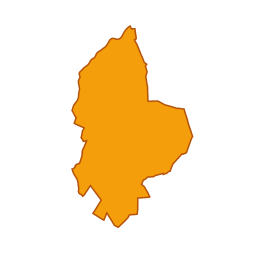 outline of Scherpenzeel, Gelderland, Netherlands, rotated 109°
{"feature_id": "6326949B37781973583405", "entity_name": "Scherpenzeel", "entity_type": "district", "adm_level": 2, "iso_a3": "NLD", "parent_name": "Netherlands", "parent_adm1": "Gelderland", "projection": "robinson", "projection_center": [5.498, 52.09], "detail": "fine", "context": "isolated", "style": "filled", "palette": "amber", "viewbox_px": 256, "rotation_deg": 109, "n_neighbors": 0, "source": "geoboundaries", "source_scale": "gbopen_adm2", "svg_char_len": 5493}
<svg xmlns="http://www.w3.org/2000/svg" viewBox="0 0 256 256"><g transform="rotate(109 128 128)"><path d="M115.0,64.1L114.3,64.7L112.7,65.9L111.4,66.9L109.9,68.0L105.8,71.2L103.1,73.2L103.0,73.3L102.3,73.6L100.5,74.8L99.4,75.6L96.8,77.6L95.8,78.4L91.8,81.2L92.0,82.0L92.4,83.8L92.5,84.3L92.8,86.1L92.9,86.4L92.9,86.6L93.1,87.1L93.2,87.5L93.3,87.8L93.4,88.0L93.5,88.1L93.6,92.6L93.7,93.7L93.7,94.8L94.1,100.7L93.9,101.8L93.8,102.5L92.8,108.4L92.9,108.7L93.7,111.1L93.9,111.8L94.5,113.4L95.0,114.4L95.3,115.1L95.7,116.1L95.8,116.7L96.1,117.8L93.9,118.7L92.8,119.1L91.1,119.8L90.2,120.1L87.8,121.1L85.2,122.1L84.5,122.3L84.3,122.3L82.8,122.9L81.5,123.6L81.3,123.9L73.5,127.9L73.5,128.0L73.2,128.1L71.2,128.0L70.5,128.0L69.7,128.1L69.1,128.2L68.8,128.3L68.5,128.4L67.8,128.8L67.6,129.0L65.4,130.5L64.8,131.0L63.8,131.7L61.6,131.0L60.7,134.0L58.9,135.5L58.3,136.0L57.9,136.4L57.0,137.0L54.5,139.5L52.1,141.5L48.1,145.0L47.9,145.1L47.7,145.4L46.0,146.9L44.7,148.2L44.7,148.5L42.6,150.5L41.2,149.4L40.9,149.3L38.9,150.2L34.4,152.6L33.0,153.3L32.2,153.7L31.9,153.8L33.1,157.0L32.0,158.1L30.9,159.2L31.9,160.0L33.6,161.0L34.3,161.4L34.9,161.7L35.9,162.0L37.2,162.5L38.1,162.7L39.2,163.0L40.9,163.2L41.4,163.3L43.3,163.6L44.0,163.8L44.3,163.9L44.6,164.0L45.6,164.6L45.9,164.8L46.4,165.2L47.3,166.2L47.6,166.9L47.8,167.8L47.8,168.5L47.9,170.2L48.0,171.1L48.1,171.3L48.2,171.7L48.4,171.9L48.5,172.2L48.9,172.6L49.1,172.9L49.5,173.2L49.8,173.4L50.1,173.6L50.5,173.8L50.9,173.9L51.3,174.0L52.0,174.2L52.5,174.3L54.3,174.5L55.2,174.7L56.0,174.9L56.4,175.0L57.2,175.3L57.8,175.5L58.0,175.6L58.7,175.9L61.9,178.1L63.4,179.0L63.9,179.4L65.4,180.7L66.1,181.2L66.3,181.3L66.7,181.5L67.3,181.7L67.8,181.9L68.2,182.0L70.8,182.2L71.4,182.4L72.0,182.4L72.5,182.6L72.8,183.0L73.7,183.7L74.6,184.5L75.4,184.9L77.0,185.5L77.5,185.5L78.1,185.6L79.3,185.8L79.8,186.0L81.1,186.4L81.4,186.6L81.7,186.7L84.3,188.5L85.6,189.3L86.0,189.5L87.7,190.3L89.1,190.9L89.8,191.3L90.4,191.6L90.8,191.8L91.1,191.9L91.4,191.9L91.8,191.9L92.3,191.9L92.7,191.8L93.1,191.5L94.6,190.5L94.8,190.3L95.0,190.2L95.5,190.0L95.6,189.9L95.9,189.9L96.1,189.9L96.4,189.9L97.7,190.2L98.3,190.2L98.9,190.2L99.5,190.2L99.9,190.1L100.3,190.0L101.5,189.5L102.0,189.2L104.0,188.0L106.1,186.9L106.7,186.6L107.3,186.4L107.7,186.3L109.7,186.1L110.6,186.0L111.3,185.9L112.1,185.7L113.1,185.3L113.5,185.2L114.0,185.1L114.6,185.0L115.1,184.9L116.0,184.8L116.4,184.8L117.3,184.8L118.2,184.9L118.8,185.0L119.7,185.3L120.2,185.4L121.0,185.8L121.8,186.0L123.0,186.4L123.5,186.5L123.9,186.6L124.8,186.7L125.3,186.7L126.5,186.7L129.1,186.6L129.7,186.6L130.1,186.1L130.8,185.3L131.8,184.3L133.0,183.0L133.3,182.7L134.0,182.0L134.3,181.6L134.8,181.0L135.0,180.6L135.0,180.4L141.1,180.4L141.1,179.9L141.2,179.3L141.4,177.9L141.6,176.2L141.7,174.8L142.1,170.1L142.3,169.4L144.6,169.9L145.7,170.1L148.4,169.6L151.2,169.2L152.1,169.2L152.3,169.3L153.2,168.1L153.7,167.3L153.7,167.2L154.6,166.5L154.7,166.3L155.0,166.2L155.1,165.9L155.1,165.6L155.1,165.4L154.9,165.1L154.2,164.0L154.1,163.8L153.5,163.1L154.1,162.9L157.7,163.2L158.0,163.2L158.1,163.3L158.4,163.2L159.2,163.2L159.5,163.2L161.1,163.5L161.9,163.6L162.8,163.6L163.9,163.8L164.4,163.8L165.1,163.6L165.6,163.3L166.1,163.1L166.2,163.3L166.7,163.3L166.8,163.0L167.0,163.0L167.4,162.8L168.3,162.7L169.3,162.5L169.8,162.5L171.0,162.4L173.1,162.3L177.2,162.3L177.2,162.6L177.4,162.9L177.5,162.9L177.5,163.0L178.2,163.6L178.5,164.0L178.8,164.3L178.9,164.5L179.4,165.1L180.0,165.2L181.1,165.6L181.3,165.6L181.5,165.3L181.6,165.2L181.7,165.3L182.0,165.4L183.4,166.0L183.8,166.2L184.0,166.4L184.3,166.6L184.8,167.1L185.0,167.5L187.4,165.7L188.6,164.7L189.6,163.6L192.8,159.7L195.3,157.8L197.6,156.6L197.9,156.5L198.6,156.4L199.3,155.9L199.9,155.5L201.6,154.7L203.1,154.5L204.0,154.3L204.6,153.9L204.9,153.7L205.3,153.3L205.6,152.9L205.9,152.5L206.0,152.3L206.0,152.0L206.1,151.5L206.3,150.4L206.4,150.2L206.5,149.8L206.7,149.4L207.3,148.8L206.0,147.8L205.8,147.7L205.4,147.6L203.6,147.1L197.8,145.6L194.7,144.8L196.1,142.7L200.3,136.6L200.2,136.6L201.1,135.3L201.9,134.3L202.7,133.1L203.6,131.7L203.8,131.5L204.9,129.8L208.8,130.7L216.8,132.5L220.2,133.3L220.2,133.2L220.5,132.0L222.5,123.3L223.0,120.8L215.2,120.3L216.0,119.4L216.5,118.7L217.7,117.3L221.4,112.8L224.3,109.3L224.4,109.2L224.5,108.7L225.1,105.0L224.1,104.5L223.9,104.3L223.7,104.2L221.4,103.0L217.3,100.9L213.2,99.0L212.5,98.8L212.2,98.7L211.6,98.6L209.7,98.4L208.3,95.2L207.9,94.2L206.6,91.3L205.7,91.5L202.2,92.2L200.5,92.8L199.0,93.3L195.5,94.4L191.1,96.0L190.5,94.5L188.8,90.7L188.2,89.2L187.0,86.5L186.3,85.0L186.2,85.0L185.9,85.1L185.6,85.4L183.2,87.7L178.2,93.5L177.8,94.3L177.5,95.4L177.0,96.8L176.8,96.8L174.3,96.7L173.0,96.5L172.4,96.5L172.2,96.4L171.9,96.1L171.8,95.9L171.4,95.5L169.2,94.1L168.6,93.7L167.8,93.2L167.6,93.1L167.5,92.5L167.2,91.2L167.1,90.9L166.7,90.6L166.6,90.4L166.2,89.3L166.1,88.7L165.8,88.1L164.3,86.9L164.0,86.7L163.7,86.1L162.7,84.7L160.7,81.8L159.5,80.0L160.4,79.5L160.1,79.1L159.6,78.4L159.1,77.8L158.7,77.3L157.9,76.5L157.5,76.1L157.2,76.0L156.6,75.7L156.2,75.5L156.0,75.4L155.8,75.2L155.5,74.9L155.2,74.1L153.5,74.1L149.9,74.0L147.8,73.9L147.6,73.8L147.4,73.8L146.8,73.5L146.1,73.3L142.9,71.9L141.0,71.1L138.0,69.8L137.3,69.5L135.6,68.8L135.1,68.6L135.0,68.4L135.0,67.9L135.0,67.7L134.9,67.6L134.8,67.4L134.5,67.1L133.9,66.3L133.6,66.0L132.6,64.9L132.3,64.8L131.8,64.7L130.3,64.7L125.2,64.7L122.5,64.6L118.3,64.6L117.3,64.5L116.5,64.4L115.8,64.3L115.0,64.1Z" fill="#f59e0b" stroke="#b45309" stroke-width="1.5"/></g></svg>